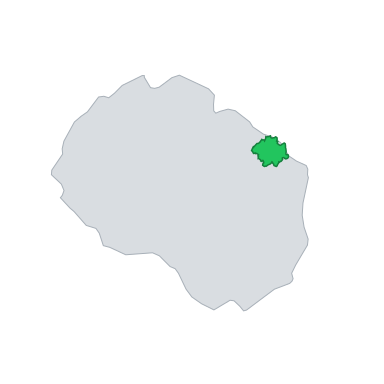 Staro Nagorichane, Staro Nagoričane, North Macedonia shown in context, rotated 50°
{"feature_id": "65306769B92481103020830", "entity_name": "Staro Nagorichane", "entity_type": "district", "adm_level": 2, "iso_a3": "MKD", "parent_name": "North Macedonia", "parent_adm1": "Staro Nagoričane", "projection": "orthographic", "projection_center": [21.915, 42.232], "detail": "fine", "context": "in_parent", "style": "filled", "palette": "green", "viewbox_px": 384, "rotation_deg": 50, "n_neighbors": 0, "source": "geoboundaries", "source_scale": "gbopen_adm2", "svg_char_len": 3195}
<svg xmlns="http://www.w3.org/2000/svg" viewBox="0 0 384 384"><g transform="rotate(50 192 192)"><path d="M175.5,102.8L181.2,103.6L193.6,100.1L201.4,95.2L205.3,94.4L210.6,92.5L218.1,92.8L225.8,94.9L235.5,92.1L245.1,87.5L248.9,88.6L253.1,92.5L255.8,93.6L271.8,114.1L280.6,122.5L290.9,128.7L302.7,133.3L306.9,137.7L314.6,159.6L318.3,167.9L323.4,170.3L324.6,172.7L324.8,175.9L319.4,191.4L317.5,226.1L316.2,228.9L310.2,228.8L302.4,229.7L299.4,232.4L296.4,251.0L283.8,256.5L272.3,259.6L262.6,259.0L245.5,254.6L239.9,254.2L235.1,256.7L219.9,258.0L213.2,261.3L197.5,283.1L181.5,290.6L176.1,294.4L163.9,289.5L158.1,289.0L149.6,294.5L131.1,294.9L126.1,295.8L111.8,296.5L111.2,293.5L108.6,289.1L102.0,287.0L88.4,288.6L85.1,285.3L79.8,266.7L75.5,263.7L70.7,257.4L62.8,237.1L62.7,228.3L63.4,220.6L59.2,202.5L62.0,198.0L66.3,195.2L66.5,187.9L65.5,176.9L70.8,155.3L72.2,153.7L73.4,154.8L85.4,156.7L88.6,154.0L90.6,149.8L91.5,133.9L94.4,126.6L123.6,113.0L132.2,112.6L138.6,119.1L143.8,123.2L146.9,123.1L148.1,119.0L151.7,111.1L157.6,106.6L175.3,102.8L175.5,102.8Z" fill="#d9dde1" stroke="#a8b0b8" stroke-width="1"/><path d="M224.4,112.2L226.6,111.1L226.7,110.5L226.6,109.8L226.0,108.9L225.5,107.0L224.7,106.1L225.4,105.8L225.5,104.3L225.8,104.0L225.4,101.8L224.3,101.3L223.9,100.7L224.5,99.7L225.6,99.3L225.8,99.5L226.3,99.0L226.8,99.0L227.4,98.0L227.6,96.8L227.2,95.6L226.4,95.0L225.5,94.5L225.1,94.6L224.9,94.6L224.7,94.7L224.6,94.9L224.5,95.1L224.4,95.3L224.3,95.5L224.1,95.7L223.8,95.8L223.2,95.6L222.7,95.2L222.0,94.4L221.2,93.7L220.5,93.2L220.1,92.9L219.3,92.4L218.8,92.1L218.2,91.9L217.7,91.6L217.5,91.3L217.2,91.1L217.0,90.9L216.8,90.8L216.2,90.3L215.6,90.0L215.1,89.6L214.8,89.6L214.4,89.7L213.7,89.9L213.7,90.1L213.6,90.8L213.4,91.9L213.3,92.9L213.2,93.6L213.1,94.2L213.0,94.3L212.8,94.6L212.6,94.7L212.4,94.8L212.2,94.8L211.7,95.0L211.4,95.0L210.6,95.2L210.1,95.4L209.6,95.5L209.2,95.1L209.0,94.9L208.8,94.6L208.8,94.3L208.7,94.2L208.6,93.9L208.4,93.7L208.0,93.9L207.6,94.1L207.4,94.4L207.1,94.0L206.8,93.5L206.7,93.3L206.6,93.1L205.9,92.6L205.6,92.3L205.2,92.1L204.9,92.0L204.7,92.1L204.3,92.2L203.8,92.3L203.4,92.6L203.4,92.9L203.4,93.4L203.4,93.8L203.3,94.2L202.9,94.6L202.5,95.4L202.5,95.5L202.4,95.7L202.3,95.8L201.5,96.5L201.4,96.5L201.0,96.6L200.3,96.5L200.1,96.4L200.0,96.2L199.9,96.1L199.4,95.8L199.2,96.2L199.2,96.8L198.9,97.6L198.5,98.3L198.4,98.4L198.3,98.5L197.7,99.2L197.7,99.9L197.5,100.2L197.4,100.2L198.3,101.1L199.5,103.6L198.4,103.4L197.7,104.0L197.4,104.7L196.6,104.7L197.1,106.8L197.5,107.3L197.3,108.1L197.6,109.7L196.6,111.1L197.2,115.6L196.7,115.8L197.1,116.8L197.4,116.8L197.5,117.7L198.6,119.8L199.9,119.6L202.0,120.1L202.6,119.0L203.0,118.9L202.7,118.5L203.0,118.2L203.9,118.0L204.3,117.5L206.3,117.1L206.7,118.3L207.7,118.4L207.7,118.7L208.9,119.8L209.0,119.5L211.4,118.8L212.3,119.4L212.7,119.1L213.1,119.2L213.3,118.5L213.2,117.6L213.6,117.3L213.9,117.6L214.5,117.9L215.0,117.7L215.5,118.1L215.4,118.4L216.0,118.8L216.0,119.8L217.0,120.7L217.5,120.4L218.0,120.5L219.1,120.0L219.4,119.1L220.0,118.5L220.1,116.4L220.9,113.8L220.7,113.4L220.9,112.2L220.3,111.4L220.8,111.2L222.2,111.7L223.0,111.5L224.4,112.2Z" fill="#22c55e" stroke="#15803d" stroke-width="1.5"/></g></svg>